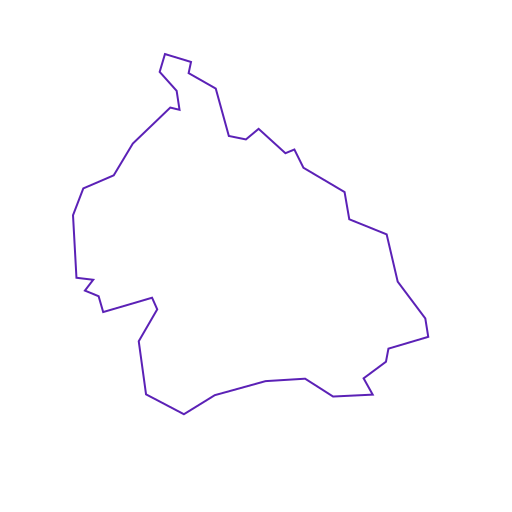 Kichevo, Kičevo, North Macedonia, rotated 195°
{"feature_id": "65306769B34923793156893", "entity_name": "Kichevo", "entity_type": "district", "adm_level": 2, "iso_a3": "MKD", "parent_name": "North Macedonia", "parent_adm1": "Kičevo", "projection": "robinson", "projection_center": [20.955, 41.522], "detail": "fine", "context": "isolated", "style": "outline", "palette": "violet", "viewbox_px": 512, "rotation_deg": 195, "n_neighbors": 0, "source": "geoboundaries", "source_scale": "gbopen_adm2", "svg_char_len": 678}
<svg xmlns="http://www.w3.org/2000/svg" viewBox="0 0 512 512"><g transform="rotate(195 256 256)"><path d="M440.3,276.6L443.3,248.0L423.8,188.5L407.1,190.9L412.3,178.3L397.6,176.4L389.1,162.3L345.6,188.8L337.6,178.9L347.2,143.3L326.4,93.9L284.7,84.5L259.8,110.9L214.4,137.6L176.8,150.2L145.2,140.2L107.4,152.3L120.4,165.7L103.1,187.5L104.1,200.8L68.7,222.5L76.3,239.5L112.5,267.9L135.4,310.7L175.4,315.6L187.0,340.7L233.0,353.5L246.5,368.8L254.2,362.9L286.4,379.5L295.9,366.0L313.3,364.9L338.2,407.3L368.4,415.2L369.0,426.6L396.2,427.5L396.7,408.9L375.4,395.0L367.7,377.4L377.2,377.2L404.1,332.7L414.3,297.1L440.3,276.6Z" fill="none" stroke="#5b21b6" stroke-width="2"/></g></svg>